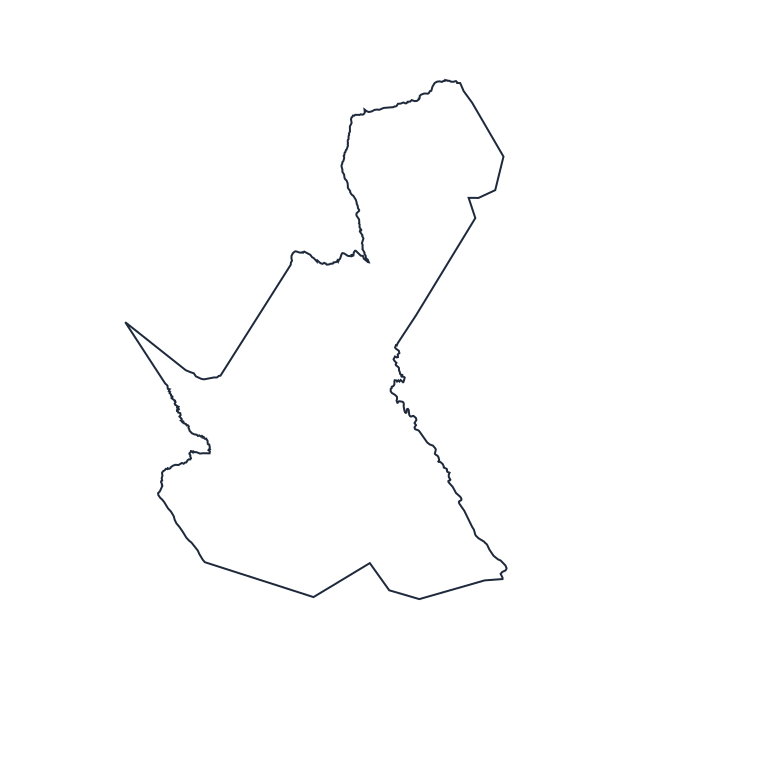 outline of Santa Catalina, Jujuy, Argentina, rotated 140°
{"feature_id": "61730980B27320368944921", "entity_name": "Santa Catalina", "entity_type": "district", "adm_level": 2, "iso_a3": "ARG", "parent_name": "Argentina", "parent_adm1": "Jujuy", "projection": "equal_earth", "projection_center": [-66.281, -22.101], "detail": "fine", "context": "isolated", "style": "outline", "palette": "slate", "viewbox_px": 768, "rotation_deg": 140, "n_neighbors": 0, "source": "geoboundaries", "source_scale": "gbopen_adm2", "svg_char_len": 6166}
<svg xmlns="http://www.w3.org/2000/svg" viewBox="0 0 768 768"><g transform="rotate(140 384 384)"><path d="M635.8,362.7L575.0,266.1L510.0,255.9L512.6,222.6L495.2,196.5L433.2,168.9L418.6,158.4L417.7,159.4L416.7,163.6L414.0,164.0L411.0,163.1L409.6,163.4L408.5,164.1L407.6,167.0L408.1,173.8L409.4,176.4L410.5,182.0L409.7,189.4L408.4,194.3L408.3,195.8L408.6,196.8L408.7,199.0L410.8,205.2L411.1,208.7L410.9,210.0L408.8,214.5L408.3,218.0L404.0,235.2L403.2,244.0L402.5,245.5L401.8,245.8L399.4,245.4L398.6,246.1L398.2,247.4L398.1,248.8L398.9,254.2L397.5,261.0L397.7,266.7L397.5,267.8L396.8,268.4L395.4,267.8L394.7,268.0L394.1,271.2L392.7,272.9L390.8,273.9L391.9,275.9L391.6,277.1L390.6,278.1L390.6,278.9L391.9,281.6L391.4,282.0L390.5,284.7L390.9,287.9L392.2,289.2L392.2,289.7L390.6,290.2L389.3,293.0L389.1,294.6L389.8,296.5L389.9,297.9L386.6,300.3L386.1,301.4L386.1,305.4L387.7,308.0L388.5,311.3L387.3,325.4L387.7,326.9L389.2,329.3L388.5,331.2L385.9,331.9L385.7,334.5L382.3,335.6L381.4,337.5L381.9,340.5L382.4,341.0L384.3,341.7L384.7,342.7L384.5,344.1L381.8,348.2L381.7,349.6L382.2,349.9L383.0,349.7L385.1,347.7L385.8,347.8L386.1,348.7L385.5,350.4L383.4,354.1L381.5,356.2L381.0,357.4L381.3,358.6L383.3,360.9L383.9,361.2L385.2,360.8L385.8,361.0L385.1,363.2L383.6,364.2L382.3,365.9L382.5,368.4L383.8,372.4L383.4,374.4L381.9,376.0L380.7,375.9L379.8,376.9L378.2,376.4L376.4,376.9L374.3,379.4L373.4,380.0L372.2,378.7L372.4,377.5L370.7,377.6L370.6,376.0L368.7,376.4L368.3,373.1L367.6,373.1L364.1,375.5L364.0,376.1L364.6,377.4L365.6,378.0L365.8,378.6L365.5,379.1L364.7,378.8L364.2,379.2L365.1,380.6L365.2,381.3L364.1,383.3L363.8,384.7L362.3,386.6L362.2,387.8L362.8,390.7L362.5,391.5L360.9,392.1L361.1,394.9L360.8,396.8L357.9,398.0L357.1,396.1L356.0,395.6L354.5,397.8L352.3,397.8L351.3,400.0L352.2,403.5L352.1,404.8L349.9,406.1L349.4,405.3L347.4,406.4L315.1,416.1L207.4,452.4L199.5,472.2L192.0,465.8L174.2,461.0L146.3,481.4L135.7,542.7L134.7,557.2L132.2,565.5L134.5,567.6L134.0,568.7L134.2,569.8L136.6,570.9L138.5,572.7L139.0,574.3L140.3,575.3L140.7,576.4L141.5,576.7L141.8,577.6L142.8,577.2L143.4,577.9L145.3,578.1L147.0,580.2L149.0,581.5L151.7,582.0L155.8,580.6L159.3,578.2L160.8,578.8L162.3,578.1L163.6,578.1L166.5,580.7L169.5,581.8L171.5,581.7L172.8,580.2L173.3,580.0L173.9,580.3L174.2,579.6L176.8,579.7L178.7,581.0L180.3,583.7L182.4,583.5L184.4,585.0L185.0,584.5L185.6,584.9L186.5,584.7L187.2,585.2L188.2,587.2L191.0,588.1L193.2,589.7L195.6,588.9L196.8,589.2L197.6,589.9L198.8,590.0L206.8,595.7L211.4,597.1L212.9,598.7L214.9,600.0L218.4,600.8L220.8,602.1L221.9,604.0L222.5,606.8L224.0,604.5L225.4,603.8L226.7,603.9L227.6,604.3L228.5,605.6L229.7,605.8L233.0,608.7L234.2,608.6L235.2,609.6L236.3,609.0L237.5,609.1L239.2,607.9L241.0,604.8L244.6,603.2L247.8,599.3L250.0,598.3L250.6,597.2L251.8,596.7L253.7,594.4L254.8,594.2L256.1,592.9L256.6,591.8L257.7,591.1L258.2,589.9L262.0,587.6L262.8,587.7L264.5,586.5L265.3,586.6L267.5,584.7L268.2,584.7L268.8,583.2L269.8,582.3L271.9,580.9L273.3,580.7L274.1,579.8L276.0,578.8L276.8,577.7L278.2,574.7L279.5,573.3L279.9,570.2L281.8,567.2L282.1,566.0L281.9,563.9L282.9,561.0L285.6,557.4L285.9,553.5L286.6,552.8L287.0,550.6L286.9,548.9L286.5,548.0L287.2,543.2L288.2,540.8L289.1,539.6L289.5,537.7L290.9,535.4L291.2,533.2L291.8,532.6L295.3,532.4L296.5,531.3L296.9,530.0L297.3,526.1L299.2,523.5L299.9,523.2L300.1,521.9L302.0,519.8L302.4,516.5L302.8,516.3L303.6,517.0L304.5,516.4L304.9,511.8L305.6,511.4L306.2,508.7L310.5,506.0L311.0,504.1L312.2,503.1L313.0,501.7L313.8,501.3L314.5,497.1L315.3,496.4L315.6,494.1L316.8,492.3L316.9,491.1L316.5,489.9L317.4,487.0L317.9,487.6L318.9,493.1L317.8,495.5L319.3,497.3L320.0,504.3L320.7,504.7L322.7,504.1L324.8,502.1L325.3,502.2L325.5,503.4L326.0,503.8L326.3,503.5L326.2,502.6L326.8,502.7L329.4,505.5L330.5,509.4L331.7,511.0L332.7,510.9L337.3,508.1L338.5,508.2L339.5,507.6L339.8,508.5L340.9,507.2L341.2,508.3L342.4,508.2L344.5,509.6L345.2,509.1L346.0,509.2L347.5,510.4L349.0,510.8L351.2,512.3L351.2,513.9L351.8,514.5L351.9,515.2L353.9,515.6L355.0,517.4L355.7,521.9L356.1,522.0L356.7,521.2L356.9,525.6L357.6,527.5L357.4,530.3L360.0,536.7L361.6,536.6L361.8,537.5L362.6,537.5L364.2,539.0L366.3,542.4L367.3,542.8L369.7,542.8L372.5,541.6L374.1,539.8L375.3,537.5L377.2,536.9L378.8,535.3L503.9,495.5L505.4,496.4L507.2,496.3L508.2,496.7L510.0,498.3L518.8,503.2L520.6,505.3L523.2,510.8L522.8,514.4L524.9,517.9L527.0,522.0L542.5,597.7L551.3,525.1L550.9,522.0L552.7,519.3L551.7,517.9L552.3,517.9L552.7,516.9L553.4,516.8L553.0,515.4L554.1,515.0L553.9,512.9L554.6,512.1L554.1,510.4L554.4,510.0L555.3,510.3L555.9,509.7L554.8,505.6L555.4,505.3L555.3,504.1L557.0,503.5L557.3,501.9L556.9,501.4L556.7,499.9L556.0,498.6L556.6,498.4L557.3,499.3L557.7,499.0L557.7,498.2L557.1,497.4L557.4,496.4L558.5,496.6L559.1,497.2L559.8,496.7L560.0,496.2L559.6,495.5L560.0,494.4L558.8,492.7L559.8,490.9L561.6,490.6L561.4,487.3L561.9,486.6L563.1,486.6L562.8,485.8L563.0,484.5L562.3,484.7L561.8,484.3L562.5,482.4L561.4,480.5L561.8,479.1L560.9,478.7L560.7,478.2L560.8,476.9L562.0,476.1L562.3,474.5L563.0,473.2L562.8,469.8L561.6,467.2L560.1,465.6L559.9,463.7L558.6,463.4L558.0,461.4L556.8,461.3L556.6,460.2L557.3,460.0L557.5,459.6L556.2,458.8L556.6,458.0L556.5,457.3L555.3,456.4L555.7,455.9L555.5,454.6L555.7,453.9L557.5,451.4L557.4,450.7L556.8,450.0L558.1,447.5L558.9,446.9L559.2,445.9L560.3,446.4L561.0,446.2L560.7,444.3L562.2,443.0L567.0,447.2L569.7,449.0L571.6,452.5L572.9,453.6L573.3,454.9L573.7,455.2L574.4,454.6L574.6,456.2L575.0,456.7L575.8,456.1L577.2,456.1L578.0,455.6L578.1,454.0L579.0,453.0L579.6,451.1L581.1,450.8L581.8,451.7L583.2,451.9L585.9,451.0L587.1,451.8L588.7,451.7L589.7,453.5L593.5,454.0L595.6,456.1L598.2,457.1L601.0,457.3L601.8,456.8L603.4,457.3L603.8,458.5L604.7,458.1L605.6,459.2L607.5,458.9L609.6,459.2L611.2,458.6L612.7,456.1L614.9,454.7L616.0,452.6L617.0,452.8L617.8,452.3L618.4,450.0L619.1,449.5L619.0,448.8L619.3,448.4L624.8,445.8L627.2,445.6L628.3,443.9L628.6,440.4L628.2,438.3L628.3,434.7L629.4,427.7L629.2,423.1L630.1,417.7L631.6,414.6L632.6,410.7L632.6,406.1L633.2,399.8L634.2,393.4L634.0,389.2L633.4,386.3L633.7,376.2L634.8,372.3L635.8,365.9L635.8,362.7Z" fill="none" stroke="#1e293b" stroke-width="2"/></g></svg>